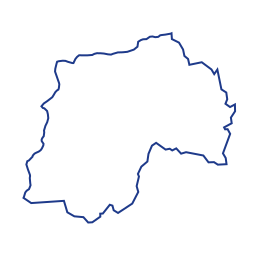 Delchevo, Delčevo, North Macedonia, rotated 267°
{"feature_id": "65306769B90097726978799", "entity_name": "Delchevo", "entity_type": "district", "adm_level": 2, "iso_a3": "MKD", "parent_name": "North Macedonia", "parent_adm1": "Delčevo", "projection": "robinson", "projection_center": [22.782, 41.938], "detail": "fine", "context": "isolated", "style": "outline", "palette": "blue", "viewbox_px": 256, "rotation_deg": 267, "n_neighbors": 0, "source": "geoboundaries", "source_scale": "gbopen_adm2", "svg_char_len": 2076}
<svg xmlns="http://www.w3.org/2000/svg" viewBox="0 0 256 256"><g transform="rotate(267 128 128)"><path d="M145.9,236.0L143.6,231.0L147.1,226.6L151.5,228.6L158.3,228.0L161.7,223.3L181.7,220.3L177.3,216.9L182.1,214.4L189.8,205.1L187.9,192.6L193.8,191.6L197.0,188.1L203.5,187.1L210.6,183.4L214.5,176.5L220.3,176.4L220.0,175.6L219.3,170.1L219.1,166.8L218.9,165.0L217.5,163.1L217.4,162.5L217.3,160.6L217.3,159.9L218.1,157.3L218.0,154.7L217.3,153.5L216.6,152.4L215.8,151.1L215.8,147.7L215.6,147.0L215.1,145.4L213.6,142.7L208.7,141.7L207.4,139.9L206.2,138.3L205.9,137.7L205.7,137.0L204.1,131.3L203.9,126.7L204.0,121.8L202.9,117.0L202.2,114.9L202.6,111.9L203.6,107.9L204.1,104.3L204.3,100.8L203.8,98.3L202.8,96.1L202.7,91.2L203.0,85.7L203.2,83.0L201.7,80.9L199.7,79.1L195.7,76.9L195.8,75.7L197.3,71.3L198.3,69.1L198.6,66.4L198.3,62.3L197.9,60.7L196.3,60.1L191.0,58.5L188.2,58.1L182.7,59.7L179.9,60.5L176.9,61.4L175.3,61.7L172.3,61.2L170.7,60.8L169.9,60.4L169.6,59.6L169.0,58.8L167.6,57.3L167.0,56.9L164.7,55.4L162.7,54.0L159.1,48.8L156.9,45.2L154.2,42.7L152.5,44.0L152.0,45.5L149.2,48.1L146.0,48.7L142.0,48.9L138.0,47.6L134.6,45.7L129.9,44.0L128.0,44.1L126.3,43.8L124.2,43.4L123.3,42.6L122.4,41.9L121.1,41.2L119.9,41.1L119.3,41.2L116.7,42.8L115.3,42.6L114.4,42.2L112.0,40.9L110.4,39.6L109.1,37.6L108.1,35.0L107.3,33.3L105.5,31.5L104.9,31.3L104.3,31.1L101.4,28.0L100.8,27.4L100.1,25.7L96.9,24.6L91.9,25.9L86.4,27.6L85.2,27.7L83.2,27.3L77.8,27.5L76.0,27.7L73.7,26.7L72.1,25.9L70.8,23.7L69.9,22.8L68.9,22.0L64.7,20.5L63.7,20.0L58.1,27.4L58.6,60.2L47.0,63.0L42.6,69.8L41.3,78.8L35.7,83.3L35.7,87.4L40.9,95.7L43.9,95.8L43.9,98.4L52.3,105.8L51.3,108.4L46.6,109.4L43.7,113.6L52.3,128.3L63.6,134.9L69.5,133.6L79.0,136.4L81.6,135.5L88.7,139.3L93.5,145.6L101.1,147.1L109.1,151.0L111.7,155.3L104.5,164.4L105.1,168.6L103.3,171.0L105.1,175.1L99.6,179.7L100.8,184.7L96.6,201.8L89.5,206.6L89.4,212.1L86.7,215.8L86.7,224.5L92.9,224.0L97.7,221.5L116.8,229.7L121.6,227.4L121.6,224.9L123.6,224.0L127.3,231.8L133.0,231.3L139.1,235.8L145.9,236.0Z" fill="none" stroke="#1e3a8a" stroke-width="2"/></g></svg>